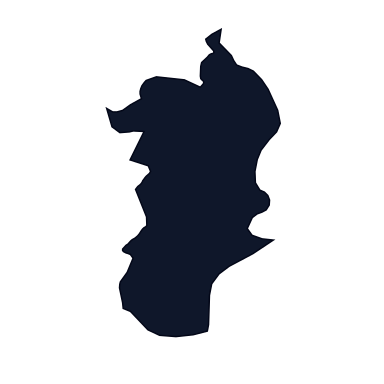 outline of Samchi, rotated 242°
{"feature_id": "BTN-2438", "entity_name": "Samchi", "entity_type": "District", "adm_level": 1, "iso_a3": "BTN", "parent_name": "Bhutan", "parent_adm1": "", "projection": "natural_earth1", "projection_center": [89.102, 27.046], "detail": "fine", "context": "isolated", "style": "filled", "palette": "ink", "viewbox_px": 384, "rotation_deg": 242, "n_neighbors": 0, "source": "natural_earth", "source_scale": "10m", "svg_char_len": 1677}
<svg xmlns="http://www.w3.org/2000/svg" viewBox="0 0 384 384"><g transform="rotate(242 192 192)"><path d="M63.2,141.2L62.0,140.2L65.4,126.1L71.9,109.9L80.7,96.1L91.0,88.4L115.5,81.6L121.5,76.6L126.9,78.8L141.4,83.0L144.4,84.9L146.3,86.6L151.5,97.1L161.2,108.9L165.8,108.3L168.1,106.3L169.1,105.2L171.6,103.5L173.0,103.3L174.2,104.0L175.9,108.7L176.1,111.1L176.9,113.1L177.6,115.1L177.9,116.4L178.0,117.4L178.0,118.4L178.0,119.6L178.3,121.3L178.8,123.5L179.7,125.7L181.6,129.1L182.5,131.0L183.0,132.9L183.0,134.7L183.6,136.4L191.4,140.2L220.8,143.4L222.3,146.7L222.8,149.6L223.3,151.1L224.0,152.5L225.1,153.9L225.9,155.6L226.7,157.2L227.4,159.0L228.4,163.2L229.6,165.1L235.7,165.7L249.4,152.4L267.9,178.1L268.2,177.7L273.5,168.8L274.5,164.9L278.3,156.2L287.1,152.0L305.8,155.9L299.9,159.6L297.9,163.4L296.6,169.1L297.9,178.7L298.1,191.2L302.9,192.2L305.2,193.4L307.3,195.3L309.3,197.7L311.1,201.4L312.0,203.9L310.4,214.6L294.6,237.9L280.6,248.5L282.2,252.8L283.3,253.9L285.3,254.0L286.5,253.3L288.0,253.0L290.4,253.8L298.8,258.7L301.8,261.3L303.8,268.8L305.0,271.7L305.0,273.9L304.5,275.7L304.9,276.9L306.5,277.4L315.1,275.3L318.4,275.4L320.5,275.9L321.9,283.6L322.0,294.1L310.9,285.9L294.0,290.8L288.4,290.5L283.2,291.0L278.9,294.7L274.7,299.4L269.9,302.9L258.5,306.2L247.0,307.4L223.9,306.0L211.1,302.1L205.4,294.9L202.1,284.9L196.5,272.6L190.1,264.9L180.6,257.2L170.4,252.3L161.8,252.8L157.9,255.9L153.3,257.3L148.5,256.7L144.2,254.0L141.4,249.1L141.4,244.3L142.1,239.2L141.1,233.2L133.8,223.6L125.6,224.7L117.7,231.9L111.4,241.2L109.0,216.9L109.0,190.0L107.0,177.4L101.7,166.3L92.6,158.9L67.1,144.3L63.2,141.2Z" fill="#0f172a" stroke="#020617" stroke-width="1.5"/></g></svg>